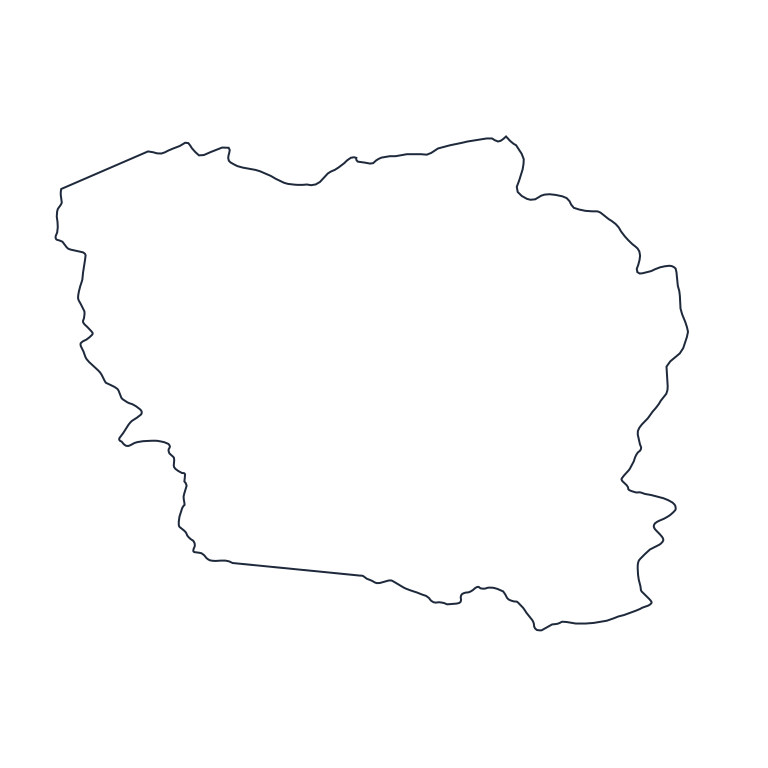 the district of La Venta, Francisco Morazán, Honduras, rotated 173°
{"feature_id": "27666195B10946257085941", "entity_name": "La Venta", "entity_type": "district", "adm_level": 2, "iso_a3": "HND", "parent_name": "Honduras", "parent_adm1": "Francisco Morazán", "projection": "mercator", "projection_center": [-87.317, 13.734], "detail": "fine", "context": "isolated", "style": "outline", "palette": "slate", "viewbox_px": 768, "rotation_deg": 173, "n_neighbors": 0, "source": "geoboundaries", "source_scale": "gbopen_adm2", "svg_char_len": 6147}
<svg xmlns="http://www.w3.org/2000/svg" viewBox="0 0 768 768"><g transform="rotate(173 384 384)"><path d="M232.7,614.8L235.7,612.7L238.5,611.2L241.3,610.8L244.2,612.4L246.8,614.5L252.3,615.2L271.8,614.5L277.0,613.9L289.4,612.9L301.7,611.2L309.0,607.6L313.6,606.4L318.9,607.5L333.2,609.3L344.8,608.7L350.4,609.4L359.0,609.0L361.9,608.1L364.5,606.9L367.9,604.5L371.1,604.5L375.8,606.0L382.9,607.9L384.0,609.4L384.2,611.0L383.9,611.8L386.0,612.7L389.3,612.6L393.3,610.5L396.6,608.0L402.8,604.4L406.8,602.5L410.7,601.4L414.1,599.8L423.0,592.3L427.5,590.4L432.1,590.2L436.2,591.4L441.0,591.6L446.9,592.4L454.9,594.3L458.7,595.9L466.5,600.9L471.1,604.4L481.2,610.3L485.6,612.2L497.8,616.0L502.9,618.1L506.2,620.3L509.3,622.6L510.8,624.5L511.1,627.4L510.4,630.0L509.6,631.8L508.6,635.0L509.4,637.4L515.9,638.4L527.9,635.3L534.9,633.2L539.8,633.5L543.0,637.2L545.8,641.2L547.2,644.1L548.8,646.9L551.9,647.7L557.8,645.1L564.3,643.5L569.6,642.0L573.4,640.6L576.9,639.9L581.2,640.6L585.0,642.2L589.9,643.6L680.6,616.9L681.4,614.1L681.8,611.2L681.7,603.5L682.2,602.3L683.1,601.1L686.4,597.5L687.4,595.1L688.4,590.0L688.3,584.7L688.7,579.3L689.9,574.3L691.9,570.7L692.1,569.5L692.0,568.3L691.6,567.5L691.0,567.0L688.4,565.9L685.8,564.4L682.4,558.5L681.0,556.8L678.7,555.6L666.8,551.4L665.1,549.9L664.7,549.0L664.5,548.1L665.4,544.4L669.2,531.0L670.6,524.7L671.3,522.9L673.6,518.0L675.5,513.2L676.8,508.9L677.2,506.2L676.8,504.1L675.3,500.5L672.5,492.6L672.6,490.7L673.0,488.7L673.8,485.8L675.1,483.2L675.1,481.8L674.1,479.8L671.4,476.6L668.1,472.1L667.1,470.5L667.0,469.7L667.3,468.9L668.0,468.2L670.6,466.3L674.0,464.3L677.4,463.2L679.5,461.9L680.1,461.3L680.4,460.5L680.3,458.5L678.3,452.8L677.1,447.3L676.2,445.0L674.0,441.7L666.1,432.4L664.4,430.1L663.1,427.5L660.9,421.2L660.0,419.2L651.9,414.0L649.3,411.7L648.6,410.6L648.1,409.2L646.4,402.5L645.9,401.5L645.0,400.5L641.1,397.2L639.6,396.2L636.2,394.6L632.8,392.1L629.6,389.0L628.6,387.8L628.0,386.6L627.9,385.6L628.1,384.5L628.4,383.9L629.2,383.1L633.3,380.7L638.7,378.1L640.3,376.9L642.5,374.8L648.9,367.0L653.1,362.7L653.6,361.4L653.5,360.7L653.1,360.0L652.6,359.5L651.4,358.8L650.0,356.5L648.7,355.0L647.6,354.2L646.4,353.8L645.4,353.7L644.4,353.8L642.3,354.5L638.7,355.9L635.7,356.4L629.9,356.6L620.4,355.9L616.2,355.3L612.6,354.2L609.4,353.1L605.9,351.2L604.9,350.3L604.4,349.3L604.2,348.5L604.2,347.7L604.6,346.9L605.6,345.6L605.9,344.6L605.9,343.2L605.4,341.2L602.0,337.3L601.5,336.4L601.5,334.0L602.6,328.8L602.5,327.2L601.4,325.2L599.0,322.9L595.4,320.3L593.4,319.9L592.7,319.3L592.5,318.2L594.0,311.6L593.8,311.2L592.8,309.6L592.3,307.1L595.6,299.6L596.6,296.9L596.8,294.4L596.6,290.2L596.7,288.3L596.9,288.0L597.6,287.7L598.1,287.2L599.5,285.3L603.2,277.2L604.5,272.3L604.8,269.9L604.8,268.3L604.4,267.1L600.2,262.8L599.0,261.2L598.4,260.0L597.8,257.7L596.7,255.9L594.9,253.7L592.7,251.9L591.9,250.6L591.4,248.9L591.4,247.1L591.8,245.6L592.9,243.9L593.5,242.3L593.6,241.3L593.1,240.5L592.5,240.2L587.9,239.0L585.7,238.2L583.3,235.9L581.6,233.1L580.3,231.7L578.6,230.4L576.4,229.6L572.9,228.9L567.6,228.6L563.1,228.1L559.3,226.8L556.2,224.8L431.4,196.8L429.5,196.5L428.6,196.2L427.7,195.6L424.9,192.9L420.0,190.2L416.9,187.9L415.2,187.2L412.4,187.0L403.2,188.4L401.0,188.2L399.9,187.7L397.7,186.1L389.6,179.8L387.2,178.2L382.4,175.7L376.6,173.0L372.1,170.5L368.1,168.6L365.5,166.2L364.3,164.1L363.5,163.0L361.5,161.4L359.3,160.7L356.0,160.7L353.2,160.0L350.7,159.1L348.8,157.9L347.9,157.6L338.9,157.2L336.8,157.4L335.6,157.7L334.7,158.3L334.2,159.2L333.8,160.5L333.9,162.3L333.7,163.6L333.1,164.9L332.2,165.9L331.4,166.3L329.8,166.8L328.0,167.0L325.7,166.9L323.6,167.4L321.1,168.5L318.3,170.4L316.3,171.2L314.8,171.1L313.2,169.5L310.9,168.8L308.8,168.6L305.9,169.1L304.6,169.1L301.6,168.7L299.5,168.1L296.4,166.8L291.0,163.6L289.3,160.4L288.0,156.9L287.3,155.8L286.2,154.7L284.6,153.7L281.7,152.4L278.7,151.8L277.8,151.0L273.2,144.9L271.8,142.3L270.7,139.9L265.5,131.4L265.0,130.0L264.5,128.1L264.5,124.9L263.8,122.9L262.2,121.2L260.4,120.7L258.2,120.3L257.4,120.4L246.4,124.9L243.0,124.8L240.9,124.9L239.1,125.3L236.7,126.2L235.8,126.3L231.7,125.5L222.9,122.9L213.5,121.7L205.0,121.3L191.7,121.9L184.7,123.4L179.7,124.7L174.1,125.4L161.6,128.3L157.4,129.5L154.9,130.5L148.5,131.9L146.5,132.9L145.5,133.7L145.1,134.3L145.0,134.8L145.5,136.2L147.0,138.4L153.5,146.6L154.1,148.0L154.1,151.8L155.0,158.9L155.1,163.6L154.7,169.9L154.2,173.5L153.4,176.1L152.5,177.8L150.8,179.4L145.6,183.5L140.1,187.4L130.1,191.0L128.3,192.1L126.7,193.5L126.0,194.5L125.8,195.1L125.8,196.1L126.0,197.0L126.7,198.5L128.4,201.1L132.0,205.8L132.9,207.2L133.4,208.4L133.6,209.3L133.5,210.3L133.1,211.3L132.0,212.7L129.6,214.0L127.3,214.8L122.4,216.2L118.5,217.8L115.9,219.1L112.4,221.5L110.3,223.3L109.7,224.4L109.6,226.4L109.8,227.7L110.3,228.9L112.0,231.1L115.8,233.9L120.4,236.5L132.5,241.3L138.2,243.0L142.3,245.0L143.7,245.4L146.4,245.5L147.7,245.9L151.1,247.4L153.4,248.7L154.3,249.7L154.4,251.8L155.5,254.0L159.2,258.5L159.7,259.6L159.9,260.5L159.4,261.4L157.1,263.8L151.4,268.7L150.4,269.8L145.5,276.8L143.8,280.5L142.2,283.0L140.4,285.1L137.9,286.7L137.0,287.9L136.4,290.2L136.5,290.0L137.3,292.8L138.3,302.9L137.8,306.3L135.8,309.6L132.9,312.5L126.2,317.9L120.9,323.7L116.8,327.4L113.6,330.7L111.4,333.6L105.0,339.9L103.4,343.4L102.7,347.2L101.5,366.8L97.1,371.6L86.7,378.3L82.6,383.2L77.6,393.8L75.9,398.8L76.4,403.7L77.4,408.8L79.6,416.9L80.5,422.8L79.6,435.4L79.6,440.3L80.4,445.7L80.1,459.3L80.5,463.0L81.9,464.6L83.9,465.9L86.4,466.6L91.0,466.6L95.7,466.2L100.9,464.9L105.1,463.5L114.0,462.4L116.8,462.5L118.9,464.2L119.1,467.5L117.1,471.3L115.3,475.8L114.2,480.1L114.4,484.4L115.8,487.6L117.7,489.8L120.5,492.6L124.2,497.2L127.0,501.2L130.0,506.3L132.0,510.9L134.6,514.6L138.4,518.3L140.7,520.1L148.2,527.7L150.9,529.3L156.8,530.1L162.9,531.3L168.8,533.3L174.1,535.7L176.3,539.1L177.6,542.9L180.1,546.3L184.0,548.5L190.7,550.8L196.7,552.2L201.6,552.4L204.9,551.8L211.4,548.9L216.1,549.0L219.5,550.3L224.3,553.8L227.9,558.3L228.2,563.5L225.1,569.4L220.3,580.0L218.7,585.4L217.9,590.1L219.3,595.7L223.8,604.9L226.2,606.7L229.2,609.9L232.7,614.8Z" fill="none" stroke="#1e293b" stroke-width="2"/></g></svg>